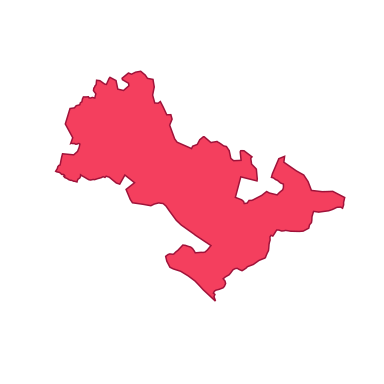 Kankia, Katsina, Nigeria, rotated 293°
{"feature_id": "59680162B50176982462081", "entity_name": "Kankia", "entity_type": "district", "adm_level": 2, "iso_a3": "NGA", "parent_name": "Nigeria", "parent_adm1": "Katsina", "projection": "equal_earth", "projection_center": [7.787, 12.43], "detail": "fine", "context": "isolated", "style": "filled", "palette": "rose", "viewbox_px": 384, "rotation_deg": 293, "n_neighbors": 0, "source": "geoboundaries", "source_scale": "gbopen_adm2", "svg_char_len": 3985}
<svg xmlns="http://www.w3.org/2000/svg" viewBox="0 0 384 384"><g transform="rotate(293 192 192)"><path d="M239.4,336.6L241.7,335.6L246.6,334.7L246.6,334.3L247.6,321.3L245.1,316.0L243.2,311.8L240.1,301.3L246.9,294.8L251.3,288.2L252.2,279.9L255.3,264.9L261.0,263.3L256.6,258.9L240.2,258.9L236.5,259.4L236.8,261.5L236.1,264.0L236.1,266.2L235.4,268.4L234.9,270.1L235.0,273.0L233.1,273.9L231.4,274.5L229.4,274.6L226.4,273.0L225.1,272.4L222.6,271.5L221.3,263.6L221.6,260.5L216.1,257.5L209.5,252.0L209.2,251.8L207.7,250.4L206.5,247.8L205.9,247.7L203.3,247.1L201.8,244.6L203.4,243.2L204.2,240.8L204.0,234.0L225.0,231.0L227.6,247.5L229.7,246.9L229.8,246.8L230.0,246.7L238.2,242.3L239.0,240.6L240.9,236.0L246.0,232.9L247.8,233.5L250.3,223.7L249.1,220.8L249.0,220.7L247.8,220.7L240.3,224.8L237.1,218.1L237.5,216.5L238.1,214.6L241.0,212.6L244.7,210.0L244.7,209.9L247.3,205.9L246.8,203.1L247.5,200.0L248.0,197.2L248.0,196.3L248.3,195.3L247.7,194.4L245.0,190.2L244.9,190.1L247.6,181.7L247.3,180.9L247.2,180.8L243.3,178.8L243.1,178.7L237.9,178.3L236.7,177.1L234.4,174.7L231.8,174.6L232.0,158.8L234.1,155.3L244.8,145.3L251.3,145.2L254.9,142.3L253.2,138.6L258.9,132.3L262.9,127.5L262.0,127.0L261.5,126.7L261.3,126.6L260.6,126.3L260.2,125.3L260.0,124.8L259.4,122.9L265.8,117.9L273.9,116.2L280.4,112.1L279.2,106.6L281.4,103.2L283.1,97.6L280.2,93.2L276.8,90.3L276.7,87.0L269.4,83.2L268.2,84.1L267.3,91.1L265.1,92.4L258.7,89.3L257.7,83.5L264.9,78.5L265.5,71.7L264.1,71.3L257.6,71.2L257.2,69.5L258.5,63.7L257.6,60.5L253.4,61.8L251.4,61.2L250.3,61.4L249.3,61.0L246.8,61.7L244.8,65.1L240.5,65.8L240.1,63.2L238.9,62.0L238.4,60.5L239.2,59.4L238.1,57.4L237.1,54.9L234.8,54.8L232.4,55.3L232.0,55.4L231.1,54.8L230.9,54.6L230.5,54.4L229.3,54.5L228.4,54.6L226.2,51.7L223.5,50.9L221.2,47.1L205.1,48.8L195.4,61.0L189.2,61.4L189.8,62.0L189.9,63.0L190.2,63.8L190.7,64.7L190.5,66.0L190.8,66.8L191.3,67.6L192.1,68.2L192.5,69.1L192.3,70.1L189.0,70.7L184.7,70.8L180.0,68.6L176.6,57.9L173.1,58.4L171.7,58.7L170.1,59.0L167.4,59.6L165.3,60.0L164.5,59.1L162.8,58.6L160.9,58.9L157.8,58.4L157.7,59.2L157.8,60.1L158.2,62.1L158.0,63.4L157.3,65.1L157.9,66.5L157.8,67.5L157.1,68.6L156.4,67.8L155.6,69.2L155.6,70.5L155.6,72.0L155.2,73.7L155.3,75.6L155.7,76.6L155.7,78.9L156.0,79.7L156.3,82.2L157.5,82.0L159.1,82.0L161.1,83.2L162.8,83.3L164.3,82.7L163.9,84.9L163.6,87.6L163.2,90.3L163.0,92.4L163.4,94.0L164.9,96.1L165.3,97.5L167.4,99.9L169.7,102.8L171.4,104.2L171.4,106.2L173.0,106.8L173.3,110.0L170.7,118.8L171.0,122.4L181.4,123.6L178.1,135.5L168.6,130.3L161.0,138.1L158.8,141.4L161.4,151.1L163.3,159.5L166.2,162.0L169.0,165.7L169.4,167.5L169.9,169.1L170.1,169.9L170.1,170.0L168.9,173.6L166.0,178.2L159.8,188.6L157.4,195.0L154.1,210.1L153.6,211.8L150.1,230.4L144.6,228.8L141.7,227.4L140.7,225.8L140.0,223.9L137.3,218.8L138.9,216.6L139.7,215.3L140.2,214.5L140.8,212.3L140.5,209.8L140.3,206.8L139.6,204.3L132.8,201.8L130.5,200.5L127.7,199.4L127.2,198.7L126.3,195.7L125.1,194.4L122.5,192.9L118.5,195.8L114.1,201.1L113.9,204.8L114.6,212.5L113.3,221.3L111.3,229.4L108.7,235.5L106.4,240.5L100.9,255.6L101.4,255.8L103.4,253.9L104.0,253.2L106.7,253.1L107.2,251.2L109.4,251.4L109.7,251.5L111.1,252.5L112.9,254.9L115.1,257.2L116.2,258.2L118.1,258.7L120.9,258.7L122.9,257.2L124.3,254.6L126.9,255.9L130.3,258.5L133.0,259.3L133.5,259.4L136.4,260.1L138.2,261.5L138.8,262.4L139.4,263.5L139.1,265.9L139.1,268.8L139.6,269.2L141.0,270.2L143.2,271.6L144.9,272.2L149.3,276.8L150.3,277.4L152.4,278.7L155.2,280.4L158.6,283.8L159.6,284.9L160.5,285.2L162.2,285.1L165.2,285.1L167.9,285.3L169.7,284.8L174.1,283.3L176.2,282.9L178.2,282.7L181.1,281.3L183.0,281.7L183.0,283.6L185.6,284.1L190.1,284.8L190.9,286.8L191.1,289.7L192.2,291.8L193.2,293.1L194.0,296.1L194.4,298.0L197.6,306.1L199.4,309.6L204.3,313.6L207.8,313.0L210.5,313.9L212.6,313.4L216.1,312.1L221.1,311.5L221.7,311.6L223.0,316.5L228.1,325.1L230.6,327.9L232.3,329.5L233.8,330.7L234.7,331.7L236.2,334.8L235.9,336.9L237.3,336.8L239.4,336.6Z" fill="#f43f5e" stroke="#9f1239" stroke-width="1.5"/></g></svg>